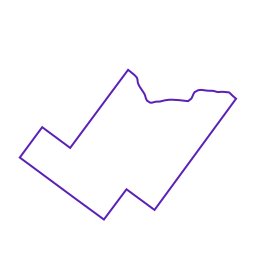 the district of Louisa, Iowa, United States of America, rotated 306°
{"feature_id": "52423323B44101678626651", "entity_name": "Louisa", "entity_type": "district", "adm_level": 2, "iso_a3": "USA", "parent_name": "United States of America", "parent_adm1": "Iowa", "projection": "robinson", "projection_center": [-91.114, 41.248], "detail": "fine", "context": "isolated", "style": "outline", "palette": "violet", "viewbox_px": 256, "rotation_deg": 306, "n_neighbors": 0, "source": "geoboundaries", "source_scale": "gbopen_adm2", "svg_char_len": 691}
<svg xmlns="http://www.w3.org/2000/svg" viewBox="0 0 256 256"><g transform="rotate(306 128 128)"><path d="M40.5,57.8L39.9,127.5L39.8,162.3L77.5,162.8L77.3,197.6L215.2,198.2L215.6,193.5L216.2,189.4L216.1,188.6L212.6,182.8L209.8,179.5L208.2,175.2L204.8,170.2L202.0,165.0L200.3,163.0L199.3,162.3L196.2,160.8L194.5,160.9L189.7,161.9L188.8,161.9L185.0,160.8L180.6,153.0L177.1,147.5L174.8,144.4L172.0,141.5L168.2,138.3L165.7,135.1L162.8,132.7L161.9,131.7L161.5,130.7L161.3,127.3L162.6,124.9L164.5,122.5L165.6,120.4L168.5,112.6L170.2,109.6L173.3,106.6L174.1,105.1L174.7,101.9L175.1,94.0L175.1,93.9L149.0,93.6L77.9,92.9L78.2,58.1L40.5,57.8Z" fill="none" stroke="#5b21b6" stroke-width="2"/></g></svg>